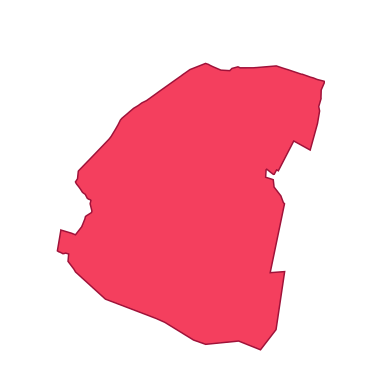 Ciudad Ixtepec, Oaxaca, Mexico, rotated 195°
{"feature_id": "50627088B46254456023080", "entity_name": "Ciudad Ixtepec", "entity_type": "district", "adm_level": 2, "iso_a3": "MEX", "parent_name": "Mexico", "parent_adm1": "Oaxaca", "projection": "orthographic", "projection_center": [-95.069, 16.617], "detail": "fine", "context": "isolated", "style": "filled", "palette": "rose", "viewbox_px": 384, "rotation_deg": 195, "n_neighbors": 0, "source": "geoboundaries", "source_scale": "gbopen_adm2", "svg_char_len": 1932}
<svg xmlns="http://www.w3.org/2000/svg" viewBox="0 0 384 384"><g transform="rotate(195 192 192)"><path d="M247.9,66.1L194.4,60.6L184.7,59.1L161.2,52.1L152.2,49.4L139.4,48.4L108.4,60.1L85.0,57.3L75.2,80.8L81.9,139.1L95.6,134.3L99.5,202.7L99.5,203.0L99.6,204.6L101.0,205.4L105.2,211.3L114.0,218.0L116.7,224.9L119.4,225.1L124.7,225.3L126.2,232.7L125.7,233.4L120.5,231.1L118.0,230.1L117.1,230.5L117.0,231.2L116.0,235.3L115.8,235.3L114.1,234.8L107.1,266.8L107.0,267.3L106.9,267.6L88.7,263.1L88.5,290.6L89.7,303.3L91.7,307.3L91.7,307.6L91.5,315.5L92.0,317.2L93.6,324.0L92.5,331.6L92.9,333.1L93.0,333.2L99.9,333.1L100.3,333.1L104.3,333.6L107.4,333.6L115.9,334.3L116.8,334.1L131.3,335.0L132.2,335.0L136.6,335.2L143.2,335.6L162.4,328.7L162.5,328.7L164.7,327.9L168.4,326.9L177.6,324.4L180.0,324.8L185.4,321.7L186.9,319.0L195.6,317.2L204.6,318.5L205.1,318.6L207.7,319.1L207.8,319.1L209.0,319.5L212.2,319.7L225.7,309.7L230.0,304.5L230.3,304.2L234.0,299.6L237.5,295.4L239.9,292.5L242.2,289.7L244.7,286.7L249.0,281.5L253.7,275.7L259.6,268.5L263.5,265.1L266.3,261.6L270.1,257.7L278.8,245.0L279.8,242.9L280.8,237.9L282.0,233.3L284.5,224.7L285.9,221.4L294.2,206.3L306.8,183.6L307.2,182.7L306.0,175.1L306.3,174.3L306.6,173.3L307.2,171.6L306.3,170.5L305.4,169.7L303.9,168.6L302.2,167.3L300.6,166.0L297.9,163.5L296.7,162.9L294.5,162.1L291.6,158.9L290.4,158.4L289.3,158.2L288.2,158.2L287.5,157.8L287.6,157.5L287.4,156.9L287.4,156.6L287.4,155.3L287.4,154.8L287.3,154.2L287.1,153.8L284.0,148.2L283.8,147.6L283.7,147.3L283.7,146.9L283.7,146.7L283.8,146.3L284.1,145.8L284.4,145.4L287.8,141.8L288.1,141.3L288.4,141.0L288.6,140.4L288.5,138.4L289.2,132.4L289.5,130.4L289.4,130.2L293.5,120.5L297.6,121.0L307.4,121.3L307.9,121.2L308.8,121.4L306.8,100.3L305.3,99.8L304.0,99.7L303.4,99.6L301.9,99.3L301.0,99.0L300.1,99.2L299.0,99.8L298.2,100.3L295.1,100.2L293.8,92.9L286.2,87.0L283.8,84.6L247.9,66.1Z" fill="#f43f5e" stroke="#9f1239" stroke-width="1.5"/></g></svg>